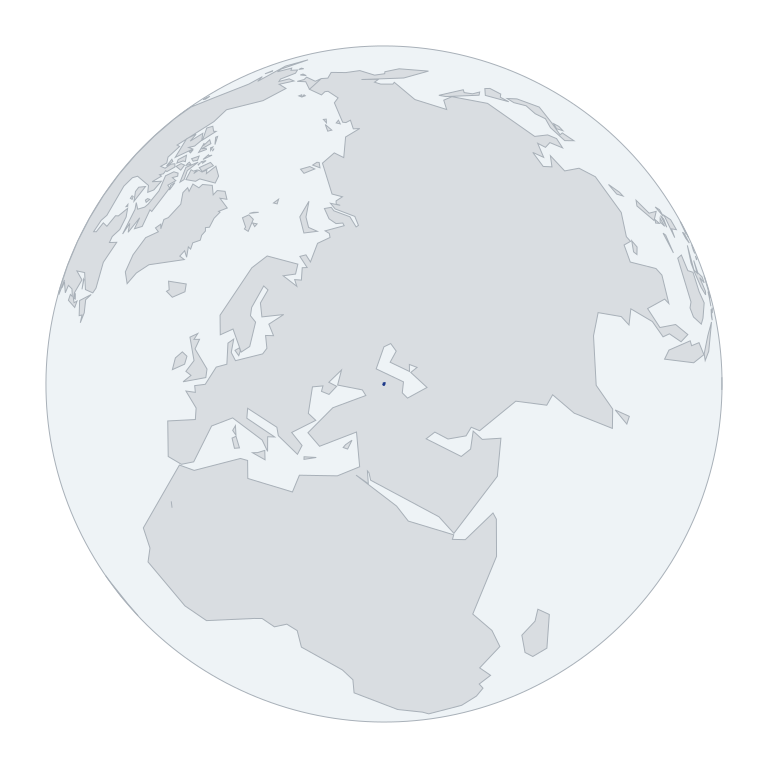 globe centered on Balakən, rotated 329°
{"feature_id": "AZE-1723", "entity_name": "Balakən", "entity_type": "District", "adm_level": 1, "iso_a3": "AZE", "parent_name": "Azerbaijan", "parent_adm1": "", "projection": "orthographic", "projection_center": [46.43, 41.723], "detail": "fine", "context": "on_globe", "style": "filled", "palette": "blue", "viewbox_px": 768, "rotation_deg": 329, "n_neighbors": 0, "source": "natural_earth", "source_scale": "10m", "svg_char_len": 11113}
<svg xmlns="http://www.w3.org/2000/svg" viewBox="0 0 768 768"><g transform="rotate(329 384 384)"><circle cx="384" cy="384" r="338" fill="#eef3f6" stroke="#a8b0b8"/><path d="M349.0,47.9L346.7,48.1L349.0,47.9ZM341.1,48.8L342.7,48.7L354.2,47.7L361.2,47.2L385.6,51.1L422.5,57.3L438.0,57.9L431.6,59.5L463.5,60.8L485.9,67.0L458.1,61.1L453.5,61.5L467.6,65.7L465.8,67.2L471.6,70.3L468.2,72.0L452.3,69.3L449.8,70.6L459.9,73.6L462.9,77.9L448.5,73.1L452.2,80.2L426.2,78.8L390.2,67.8L373.3,71.5L329.7,72.6L331.2,75.1L315.7,78.3L311.6,82.7L304.7,82.4L307.5,86.3L314.6,85.8L318.2,87.5L316.5,90.3L307.3,90.1L306.8,88.7L303.2,90.2L299.4,89.0L300.3,91.2L289.4,91.2L297.6,95.5L286.7,99.1L280.2,98.0L284.4,92.5L279.8,79.0L274.6,77.6L262.9,80.4L233.3,96.7L226.0,98.0L213.5,103.9L215.8,105.3L226.4,101.3L227.7,106.1L240.5,101.5L242.9,103.1L254.7,101.4L249.0,108.0L237.1,115.5L227.0,117.6L221.5,121.3L227.9,124.9L206.1,135.1L186.5,153.5L181.3,155.9L176.7,149.3L184.8,134.3L179.0,128.9L178.7,139.2L165.7,146.3L161.8,150.7L160.2,154.7L163.6,154.8L158.3,159.1L156.6,149.7L161.3,145.7L161.9,148.4L165.5,141.8L164.3,136.9L157.8,141.7L162.8,131.7L158.2,135.3L156.7,135.6L163.7,130.3L151.2,140.0L153.8,136.6L173.7,119.5L194.9,103.9L217.2,90.1L240.6,78.0L264.8,67.8L289.7,59.5L315.2,53.2L341.1,48.8ZM46.7,404.9L47.2,410.7L51.2,440.5L53.9,456.0L49.3,430.7L46.7,404.9ZM364.6,47.0L354.6,47.6L344.9,48.4L353.4,47.5L364.6,47.0ZM382.9,47.7L377.7,47.9L375.4,47.0L379.0,47.1L382.9,47.7ZM449.4,58.5L441.7,56.8L449.8,58.1L449.4,58.5ZM473.0,70.5L475.8,70.7L477.6,72.4L473.0,70.5ZM257.0,98.1L255.8,99.7L254.3,99.1L257.0,98.1ZM263.2,96.0L262.2,94.2L265.0,92.9L265.6,94.1L263.2,96.0ZM474.2,76.6L476.2,79.6L471.4,76.0L474.2,76.6ZM263.8,98.6L270.1,91.0L275.1,89.0L281.3,91.9L263.8,98.6ZM475.7,81.1L481.0,89.1L487.6,89.9L471.9,93.0L472.6,84.6L465.5,79.9L472.3,81.9L475.7,81.1ZM317.6,84.5L309.9,85.1L317.9,82.1L317.6,84.5ZM321.8,82.2L341.2,72.1L351.6,73.1L343.0,76.0L357.8,75.8L353.4,81.1L344.3,82.5L338.4,80.6L341.2,84.2L321.8,82.2ZM462.4,93.7L461.3,95.6L459.4,93.2L462.4,93.7ZM320.2,88.0L323.2,85.6L332.5,86.2L328.2,91.1L326.6,89.3L320.2,88.0ZM363.9,73.3L370.0,74.9L368.1,79.6L370.2,81.0L354.2,81.4L363.9,73.3ZM323.6,90.6L325.8,93.7L319.9,96.0L317.9,90.4L323.6,90.6ZM336.7,84.4L340.9,85.0L337.1,86.2L336.7,84.4ZM300.0,107.2L303.4,103.8L308.5,103.7L300.0,107.2ZM327.0,94.7L329.0,93.9L331.4,93.6L331.6,96.2L327.0,94.7ZM354.0,84.9L351.9,86.7L360.4,84.9L359.4,88.8L348.8,88.5L352.9,90.3L352.6,91.5L344.4,90.0L354.0,84.9ZM339.0,98.1L325.3,99.8L317.9,105.8L313.1,105.9L325.8,96.3L339.0,98.1ZM342.9,93.4L339.4,96.2L335.2,94.7L335.1,91.8L342.9,93.4ZM362.4,91.7L366.8,85.8L368.9,86.1L362.4,91.7ZM337.7,100.1L341.0,99.7L337.6,100.7L337.7,100.1ZM355.7,94.5L357.0,92.2L359.4,92.7L355.7,94.5ZM346.6,100.9L342.2,101.3L341.9,99.3L346.6,100.9ZM351.5,98.2L354.5,99.3L344.5,98.3L351.6,97.1L351.5,98.2ZM357.8,95.2L359.6,94.7L356.9,96.1L357.8,95.2ZM350.2,109.0L337.7,108.2L337.1,103.4L349.4,104.7L350.2,109.0ZM99.1,471.7L90.1,415.0L98.9,404.1L103.6,383.4L166.9,348.1L176.8,360.3L222.6,373.9L227.7,379.3L218.6,394.8L249.9,429.4L264.5,418.6L296.7,438.7L320.5,442.4L335.7,411.0L296.7,404.2L293.7,386.6L327.9,378.0L362.5,384.5L362.4,377.9L343.7,361.0L354.8,350.1L337.6,354.1L342.2,361.6L331.5,364.6L326.6,358.1L330.7,354.2L321.2,349.6L304.0,370.2L306.8,380.0L279.9,378.0L282.1,394.5L273.6,399.7L266.8,373.9L269.9,365.9L254.6,334.6L248.8,342.7L263.0,373.1L257.1,369.3L249.5,381.8L250.7,369.3L236.8,335.1L214.6,331.2L180.8,352.7L169.0,348.5L161.7,335.0L179.6,304.3L204.0,317.3L210.6,307.8L210.6,288.0L218.0,294.0L220.9,287.9L230.6,292.2L248.9,283.1L259.5,286.1L271.3,268.6L278.3,268.1L269.3,278.3L268.7,287.5L295.5,295.7L302.0,293.1L307.5,281.4L314.2,285.7L316.1,273.4L333.8,272.8L313.9,263.6L319.8,250.9L333.0,243.6L331.4,238.0L310.0,250.2L304.7,256.7L305.8,264.8L288.2,282.7L278.0,283.1L282.9,259.1L269.0,257.5L278.9,240.6L330.6,216.3L349.8,214.1L371.9,236.9L364.8,244.2L353.3,239.3L359.6,255.4L361.2,248.5L366.7,252.4L373.8,242.2L378.1,244.6L377.6,231.3L383.6,233.1L383.8,241.5L399.5,229.2L413.2,230.6L414.7,226.8L412.4,222.4L431.4,227.8L431.6,224.8L425.5,221.8L422.0,214.1L423.3,202.9L429.8,205.4L430.2,209.7L440.9,223.1L441.0,235.0L443.8,234.9L445.3,225.3L432.3,208.8L431.2,201.5L438.5,208.3L435.7,205.2L437.2,202.4L444.8,202.1L437.3,194.4L445.0,163.0L460.4,160.3L466.1,169.2L478.3,152.5L494.8,152.5L489.1,149.5L491.1,140.6L486.0,140.3L483.4,138.3L486.3,117.4L492.0,115.1L486.8,104.3L483.9,103.0L479.3,104.0L471.9,93.0L487.6,89.9L493.4,92.9L499.2,89.7L511.7,97.4L524.7,102.9L535.0,114.4L544.4,118.4L545.6,116.8L559.3,121.6L583.3,138.7L558.6,131.9L521.5,111.4L536.2,120.0L531.3,120.4L535.6,125.2L546.1,131.5L548.2,130.7L557.0,156.1L579.1,181.0L581.4,171.5L590.2,172.7L617.3,196.8L640.7,249.4L652.6,254.8L658.3,262.5L658.7,273.6L650.5,262.5L644.3,264.3L639.7,256.8L637.6,272.0L630.8,262.1L632.5,279.5L639.8,284.4L644.2,274.0L648.6,294.4L662.3,299.5L671.9,315.2L675.7,359.1L667.6,382.6L668.8,388.7L661.4,388.5L657.9,406.3L676.6,425.1L678.3,433.8L669.6,461.7L668.3,455.8L648.8,455.1L649.6,477.7L664.6,483.2L669.9,498.1L660.4,500.8L654.5,488.0L647.5,487.3L646.2,468.7L634.3,446.7L624.4,459.6L622.1,448.4L604.3,433.1L588.4,450.6L565.2,494.4L567.1,523.3L556.9,539.7L532.0,507.0L523.0,480.1L512.6,486.0L488.1,466.6L441.9,473.3L436.5,466.0L427.6,470.7L410.5,464.1L402.8,451.4L391.9,452.7L412.9,485.9L424.7,484.4L436.2,470.3L439.7,482.1L456.3,490.7L433.6,521.5L367.0,548.0L362.7,526.1L323.0,459.6L325.4,452.5L325.3,451.6L325.0,450.0L319.2,461.4L313.1,447.7L331.9,495.1L334.2,514.0L366.1,549.2L362.6,552.4L373.5,559.3L411.0,550.7L410.7,557.7L391.7,589.7L341.6,626.9L349.6,650.9L348.1,668.7L319.8,676.6L325.3,688.6L311.1,690.2L312.2,695.7L302.5,699.1L285.1,699.4L252.5,689.8L248.0,685.1L228.1,670.1L199.3,633.3L205.0,621.5L201.1,607.7L177.7,567.0L182.6,550.7L177.0,539.8L165.0,535.7L158.8,522.3L151.8,518.0L110.0,495.4L99.1,471.7ZM141.2,375.0L138.6,380.9L141.2,375.0ZM396.9,408.2L419.1,409.1L412.9,387.9L420.9,386.8L415.8,380.3L412.3,386.4L400.5,368.5L411.4,362.1L410.6,352.8L403.1,352.1L385.1,367.0L401.8,392.2L395.1,401.0L396.9,408.2ZM165.8,146.9L165.8,147.8L163.1,152.2L162.3,151.0L165.8,146.9ZM163.7,168.6L155.2,175.1L160.7,169.3L157.9,168.4L166.1,155.7L179.1,156.5L171.7,158.1L163.7,168.6ZM180.5,140.0L173.9,147.3L180.6,139.3L180.5,140.0ZM227.7,252.6L229.4,258.7L223.3,264.3L210.0,262.7L218.6,254.2L227.7,252.6ZM233.2,266.1L241.8,243.9L250.4,244.8L244.1,247.9L248.9,250.7L240.1,256.6L240.0,280.0L234.6,286.7L212.9,278.6L223.0,277.2L220.7,271.1L233.2,266.1ZM248.4,192.6L252.3,184.9L266.0,196.4L260.9,202.4L247.2,200.6L245.3,192.5L248.4,192.6ZM273.7,105.8L274.2,103.5L276.8,103.3L278.4,105.2L273.7,105.8ZM301.2,105.6L273.8,116.5L273.1,114.2L257.9,124.4L250.1,122.4L260.2,115.7L242.8,122.2L248.8,115.4L237.2,120.8L260.5,106.1L265.1,100.9L262.9,107.3L270.0,109.1L274.4,108.4L290.5,102.6L304.0,93.0L313.2,93.9L316.1,97.2L314.2,99.6L308.9,98.1L310.3,102.5L301.1,102.2L301.2,105.6ZM344.5,144.8L339.1,140.3L340.3,152.4L331.1,150.8L331.9,152.3L323.7,154.4L315.1,159.7L311.5,158.0L309.7,160.9L304.3,162.6L300.6,166.1L292.8,164.5L287.7,168.8L286.9,165.7L280.1,173.7L281.7,167.1L274.8,169.2L276.9,174.5L243.9,160.7L228.9,161.3L215.5,165.7L220.0,154.7L235.4,144.0L255.1,135.8L269.0,137.3L268.5,132.5L275.0,132.0L272.6,136.0L280.1,129.6L284.8,130.3L302.4,125.2L310.2,116.4L316.8,114.6L316.1,118.5L323.2,114.2L326.4,120.5L331.2,119.5L339.1,125.3L335.0,133.9L340.7,132.3L347.0,137.0L344.5,144.8ZM352.1,110.7L349.3,120.6L342.8,124.8L331.7,113.3L326.9,113.2L319.5,106.8L329.0,101.0L330.2,103.3L333.6,104.2L329.3,105.6L335.3,105.2L337.2,108.6L342.4,109.3L340.1,112.2L352.1,110.7ZM235.9,375.2L240.3,377.7L247.6,379.5L243.0,387.7L235.9,375.2ZM225.9,352.1L230.2,352.6L227.2,364.3L222.7,362.1L225.9,352.1ZM235.2,343.2L230.7,351.7L230.4,345.8L235.2,343.2ZM273.6,278.4L278.5,278.5L278.0,281.5L274.1,284.9L273.6,278.4ZM346.2,183.2L344.2,179.2L346.2,178.2L348.3,168.6L355.3,169.4L356.8,175.5L346.2,183.2ZM327.6,415.7L319.3,421.0L316.3,417.4L319.8,416.2L327.6,415.7ZM278.0,405.2L288.1,412.1L276.6,407.4L278.0,405.2ZM354.2,182.5L354.3,178.3L357.7,181.4L354.2,182.5ZM360.5,169.6L365.0,172.3L356.4,168.4L360.5,169.6ZM407.0,666.7L387.6,694.3L371.2,694.2L366.6,686.8L372.8,670.3L391.3,665.1L399.9,656.3L407.0,666.7ZM701.9,492.4L704.5,487.4L704.1,488.8L701.9,492.4ZM699.4,494.8L702.9,488.3L698.2,498.4L699.4,494.8ZM704.2,485.8L707.7,476.5L709.3,471.6L708.6,474.5L704.2,485.8ZM696.7,499.5L679.2,523.2L671.4,529.3L674.0,523.0L686.6,509.2L696.7,499.5ZM673.3,523.6L660.4,525.3L637.3,507.2L645.7,501.7L668.7,504.7L667.4,509.6L675.3,510.8L673.3,523.6ZM701.7,467.0L700.2,479.4L691.3,491.9L686.8,496.1L683.8,485.9L685.5,476.4L689.4,471.8L700.6,427.4L705.3,426.6L702.8,443.3L706.4,447.4L701.7,467.0ZM568.8,525.3L577.6,538.1L571.5,543.4L568.8,525.3ZM702.1,401.5L699.6,420.7L700.9,398.4L702.1,401.5ZM701.1,383.0L702.8,388.2L699.7,385.9L701.1,383.0ZM671.5,396.9L667.5,403.3L666.0,399.3L670.1,388.8L671.5,396.9ZM679.2,328.6L684.6,340.9L685.7,346.0L681.3,341.1L679.2,328.6ZM413.8,188.7L403.1,200.7L400.0,210.9L405.5,218.8L393.1,213.3L397.9,197.4L413.8,188.7ZM440.5,165.7L435.6,159.6L440.7,159.4L442.5,160.7L440.5,165.7ZM435.4,164.0L423.9,162.2L423.1,156.9L432.4,159.4L435.4,164.0ZM388.8,171.3L385.2,174.6L382.5,171.9L388.8,171.3ZM670.5,563.1L672.1,560.6L677.1,552.2L670.5,563.1ZM708.1,478.5L712.7,461.5L714.1,456.0L708.1,478.5ZM720.5,415.4L720.5,413.8L721.3,404.5L720.1,411.3L721.6,397.0L721.6,399.6L720.5,415.4ZM716.9,434.6L716.5,437.9L715.8,438.7L716.9,434.6ZM718.0,428.9L719.5,422.8L717.6,432.2L718.0,428.9ZM708.4,445.9L709.5,450.3L713.1,437.6L710.3,450.3L711.8,456.0L710.6,462.2L709.4,455.4L707.3,470.0L705.6,473.3L705.6,464.5L707.8,447.6L709.5,438.5L715.4,421.4L708.4,445.9ZM718.3,420.5L717.7,414.8L718.0,407.6L718.8,409.3L718.3,420.5ZM714.1,402.3L710.4,399.1L708.6,408.3L710.9,383.6L714.3,390.8L714.1,402.3ZM708.7,386.7L707.1,395.3L707.8,382.1L708.7,386.7ZM705.8,393.4L704.1,387.3L706.1,384.1L705.8,393.4ZM709.8,384.2L707.6,371.9L709.9,376.5L709.8,384.2ZM699.2,374.1L706.2,376.2L699.7,383.0L692.5,361.7L694.7,356.3L699.2,374.1ZM667.8,259.0L663.4,254.1L663.5,248.2L666.5,253.2L667.8,259.0ZM659.7,226.6L662.1,245.2L663.3,261.1L666.1,260.6L672.1,273.3L664.3,268.5L658.7,250.0L659.0,239.8L652.8,230.2L649.1,218.7L640.2,209.7L636.6,202.7L644.8,208.1L659.7,226.6ZM636.3,206.3L619.5,188.8L622.6,182.7L627.0,185.2L633.4,195.6L631.4,198.1L636.3,206.3ZM616.4,183.0L614.2,185.4L585.1,169.5L579.7,164.8L603.5,172.6L602.8,175.5L609.4,180.9L616.4,183.0ZM465.0,96.4L461.6,95.7L464.4,94.9L465.0,96.4ZM480.5,138.5L477.5,135.6L480.8,134.4L480.5,138.5ZM470.9,127.2L469.2,130.5L468.3,126.0L470.9,127.2ZM466.0,138.3L467.3,131.3L470.0,139.5L466.0,138.3Z" fill="#d9dde1" stroke="#a8b0b8" stroke-width="1"/><path d="M384.0,383.0L384.4,383.1L384.5,383.1L384.5,383.5L384.8,383.6L384.9,383.4L385.0,383.4L385.3,383.5L385.2,383.7L385.0,383.8L384.9,384.0L384.7,384.0L384.5,384.3L384.5,384.5L384.4,384.6L384.1,384.8L383.8,384.9L383.7,385.0L383.4,384.9L383.2,384.7L383.1,384.8L383.0,384.7L382.9,384.4L382.9,384.1L382.9,383.9L383.0,383.8L383.3,383.8L383.5,383.8L383.6,383.7L383.8,383.4L384.0,383.0Z" fill="#3b82f6" stroke="#1e3a8a" stroke-width="1.5"/></g></svg>